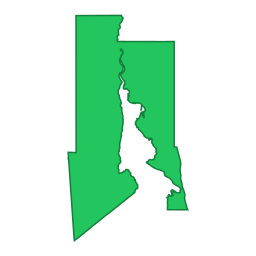 Port Augusta, South Australia, Australia (Equal Earth projection)
{"feature_id": "25037944B82439387593982", "entity_name": "Port Augusta", "entity_type": "district", "adm_level": 2, "iso_a3": "AUS", "parent_name": "Australia", "parent_adm1": "South Australia", "projection": "equal_earth", "projection_center": [137.816, -32.616], "detail": "fine", "context": "isolated", "style": "filled", "palette": "green", "viewbox_px": 256, "rotation_deg": 0, "n_neighbors": 0, "source": "geoboundaries", "source_scale": "gbopen_adm2", "svg_char_len": 5902}
<svg xmlns="http://www.w3.org/2000/svg" viewBox="0 0 256 256"><path d="M174.2,41.5L164.0,41.6L117.6,41.5L117.0,40.0L117.6,39.9L117.8,39.3L117.2,37.4L117.4,36.6L117.3,36.0L118.8,35.0L118.8,34.1L118.4,33.4L118.6,32.4L118.2,31.7L118.4,30.9L118.3,30.4L118.8,29.2L119.8,28.4L120.2,27.7L120.2,26.8L119.8,25.9L119.7,25.2L119.4,25.1L120.2,23.4L120.9,22.7L122.0,20.9L122.4,19.5L122.9,19.0L123.0,18.5L122.9,17.8L122.0,16.9L121.6,16.2L121.5,15.4L76.0,15.6L76.1,152.6L68.2,152.3L68.4,156.5L68.2,158.7L68.7,160.0L74.0,237.1L74.4,240.6L80.0,236.3L93.6,225.2L106.9,214.5L107.3,214.4L134.7,192.5L135.0,191.8L135.1,190.6L135.3,189.6L136.8,188.6L137.2,188.7L137.6,188.3L137.5,187.8L137.7,187.3L137.6,184.7L137.1,184.3L136.8,183.5L136.4,183.2L135.8,182.1L135.1,179.5L134.5,179.2L134.4,179.4L134.1,178.1L133.1,176.8L132.7,176.6L132.0,176.6L131.1,175.7L131.0,175.1L130.4,174.9L130.7,173.1L130.1,172.5L129.5,172.2L129.1,171.7L129.0,170.6L128.7,170.2L127.6,169.6L126.1,169.5L125.7,169.9L125.5,170.7L124.4,171.3L123.8,171.2L123.4,171.9L123.1,171.9L122.7,172.5L120.5,172.9L120.0,173.3L119.1,173.4L118.9,173.1L118.8,172.3L118.9,169.6L118.4,169.1L118.2,168.6L118.1,167.1L118.4,166.7L118.3,166.3L118.1,166.2L118.4,165.7L118.3,165.3L118.8,164.1L119.5,163.7L119.9,163.1L120.4,162.8L120.7,161.7L120.6,161.3L120.6,160.5L120.2,160.3L120.2,159.3L120.5,158.8L120.4,158.0L120.0,157.4L119.9,156.8L119.2,155.8L119.3,155.4L118.7,154.7L118.7,153.5L118.5,152.8L118.7,152.0L119.3,151.2L119.0,149.9L120.0,147.5L119.8,146.8L119.4,146.4L119.7,145.5L119.5,144.5L119.7,144.2L119.5,143.6L120.0,142.9L119.9,142.1L120.4,140.9L120.3,140.4L120.7,139.8L120.8,138.2L121.1,137.3L121.4,136.3L121.5,135.0L121.3,134.2L121.5,132.5L122.5,130.3L122.1,127.3L122.7,126.4L122.7,125.2L123.0,123.3L123.0,122.3L123.2,121.8L122.9,120.8L123.2,119.5L122.9,119.0L122.9,115.9L122.4,114.8L122.3,114.1L122.4,113.2L121.8,111.8L121.9,110.9L121.6,110.1L121.8,109.3L121.5,108.9L121.8,107.7L120.8,106.9L120.7,106.4L120.2,105.8L120.4,105.0L121.0,104.2L121.2,103.5L121.1,102.4L120.6,100.3L119.8,98.7L119.5,97.5L119.2,95.3L118.3,93.4L118.2,92.6L118.2,90.8L118.6,89.7L119.5,88.3L119.9,86.0L120.3,85.1L121.7,83.2L122.1,82.0L121.8,81.4L121.3,81.0L120.9,80.3L119.4,77.6L119.1,76.8L119.1,75.0L119.6,73.8L119.6,73.3L120.2,72.9L120.7,73.7L121.1,72.9L121.6,72.6L121.5,72.4L122.5,71.3L122.3,71.0L123.0,69.3L123.0,67.3L123.3,67.1L123.2,66.7L122.8,66.4L121.0,64.4L120.1,63.0L119.9,61.8L119.4,60.4L119.5,59.5L119.7,59.2L120.1,59.1L120.3,58.6L120.0,58.4L120.7,57.4L121.3,54.9L122.6,53.8L122.8,53.3L122.7,52.3L122.3,51.6L120.4,49.8L120.5,49.5L120.9,49.1L121.7,49.2L122.3,50.4L122.6,50.4L123.0,52.7L122.6,54.3L121.3,55.8L120.9,57.7L120.5,58.9L121.3,61.6L121.3,62.0L122.0,62.7L123.3,65.1L124.0,65.9L124.5,67.6L124.7,67.8L124.7,69.3L124.3,70.8L123.4,72.1L122.5,72.5L122.3,72.9L121.1,73.9L120.5,74.3L120.5,75.2L121.2,75.9L121.3,76.4L121.1,76.6L122.1,78.1L124.1,80.9L124.5,80.8L124.7,84.3L124.2,84.4L123.3,87.7L123.6,88.8L124.3,89.1L125.4,88.9L126.0,89.1L126.8,88.7L127.2,89.4L129.1,90.8L129.2,91.9L129.4,92.5L129.4,92.9L129.0,93.7L128.0,94.0L128.1,95.8L129.2,95.9L129.1,96.5L128.2,96.4L127.9,97.2L128.3,98.3L128.3,99.1L127.7,99.3L128.1,100.4L129.0,101.1L129.3,101.6L130.3,102.4L131.9,102.9L132.4,102.7L132.6,103.2L133.1,103.0L133.7,103.3L134.4,102.7L134.6,103.3L135.2,103.6L135.4,103.5L135.8,102.9L137.6,103.2L137.9,103.1L138.0,102.7L140.5,103.6L141.7,104.4L142.5,105.9L143.3,106.2L144.0,107.0L145.2,109.4L145.5,110.4L143.7,111.6L143.7,114.1L144.2,116.8L144.1,117.6L143.9,117.6L143.7,117.1L142.2,114.8L142.1,114.1L142.3,113.6L142.2,112.8L141.7,113.2L142.1,112.7L142.0,112.0L141.5,112.3L140.7,113.3L140.3,115.2L139.8,115.9L139.7,116.8L139.0,118.2L137.7,119.4L137.7,118.8L137.0,118.7L137.0,119.7L136.3,120.7L136.4,121.0L135.9,121.7L135.5,122.8L135.3,122.9L135.4,123.5L135.7,123.7L135.5,124.5L136.5,125.7L136.4,125.9L136.8,126.6L136.7,127.1L137.0,127.6L138.0,127.4L138.3,127.9L138.4,128.8L138.8,129.6L139.2,130.1L140.5,130.9L140.8,131.4L141.8,132.3L143.2,134.1L143.3,134.5L144.2,135.5L144.3,136.4L145.2,136.8L146.2,137.7L148.6,138.2L149.0,139.3L148.8,139.6L149.1,140.2L150.4,139.5L150.6,139.0L150.5,138.4L151.3,138.2L151.7,138.5L151.9,139.0L151.8,139.6L152.1,140.1L152.0,140.6L151.7,141.2L151.9,141.5L151.9,142.5L152.1,142.5L152.0,143.3L152.4,143.5L152.9,144.4L153.1,145.3L153.4,145.8L156.2,148.7L155.9,149.6L156.2,149.7L156.4,150.9L156.2,151.4L155.8,151.9L156.3,152.0L156.6,153.5L155.9,155.0L155.1,155.2L154.7,156.7L154.9,157.6L154.1,158.8L153.8,159.6L152.5,159.5L151.7,159.9L149.6,159.6L148.9,160.3L148.4,160.4L148.0,161.7L146.6,162.0L146.5,162.4L147.3,163.4L148.3,163.7L148.7,164.3L149.7,164.7L151.1,165.9L153.3,167.4L155.2,168.4L157.8,169.4L162.7,170.9L164.2,172.3L164.7,175.2L165.6,176.2L168.4,177.6L169.1,177.7L172.0,180.7L172.7,181.8L172.7,182.5L173.3,183.4L176.2,185.4L178.5,186.3L180.4,188.4L181.1,188.9L181.0,189.7L180.3,189.9L180.0,190.6L180.4,192.1L178.6,192.9L176.3,192.7L176.2,192.3L175.3,191.5L174.9,192.0L174.7,191.6L174.5,191.8L173.9,191.2L173.1,191.0L173.1,190.8L173.5,190.5L172.6,189.8L172.2,189.8L171.5,190.2L171.0,191.0L171.1,191.8L172.1,193.9L172.5,193.5L172.3,194.2L172.0,194.4L172.1,194.7L172.6,194.8L172.4,195.0L172.4,195.4L173.1,195.3L173.5,195.0L173.4,195.1L173.2,195.3L172.5,195.6L172.2,195.0L171.8,194.9L171.2,195.5L171.1,195.8L171.1,196.4L170.9,196.8L171.1,195.5L170.0,195.5L169.2,194.8L168.6,194.8L168.3,195.7L168.7,196.0L168.8,196.2L168.0,196.3L168.0,197.1L167.8,197.2L167.7,197.5L167.4,197.4L167.0,197.7L167.6,197.9L167.7,199.8L167.4,203.1L167.6,205.5L167.4,208.1L167.5,209.7L187.8,209.8L186.9,207.9L184.7,199.3L184.6,198.3L184.9,194.5L184.7,193.4L182.2,186.1L181.8,182.8L180.6,179.1L180.6,178.1L180.9,175.2L180.0,170.4L180.7,165.1L180.5,161.4L176.7,147.0L174.2,147.0L174.2,41.5ZM141.5,108.2L140.9,109.6L141.0,110.1L141.5,110.6L141.0,109.8L141.1,109.2L141.6,108.4L141.7,107.0L141.5,106.5L141.4,107.2L141.5,108.2Z" fill="#22c55e" stroke="#15803d" stroke-width="1.5"/></svg>